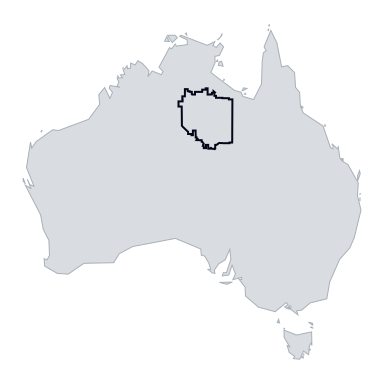 Barkly, Northern Territory, Australia shown in context
{"feature_id": "25037944B87984246529450", "entity_name": "Barkly", "entity_type": "district", "adm_level": 2, "iso_a3": "AUS", "parent_name": "Australia", "parent_adm1": "Northern Territory", "projection": "natural_earth1", "projection_center": [135.185, -19.542], "detail": "medium", "context": "in_parent", "style": "outline", "palette": "ink", "viewbox_px": 384, "rotation_deg": 0, "n_neighbors": 0, "source": "geoboundaries", "source_scale": "gbopen_adm2", "svg_char_len": 5093}
<svg xmlns="http://www.w3.org/2000/svg" viewBox="0 0 384 384"><path d="M276.9,42.9L281.6,66.8L287.7,65.6L294.6,72.7L295.5,87.3L299.6,92.4L300.4,106.0L303.3,113.0L323.1,126.1L330.5,147.7L332.8,148.8L333.2,144.9L337.5,148.8L338.3,146.9L339.8,157.9L342.3,161.1L347.9,164.5L358.3,183.0L357.4,195.3L361.0,210.1L354.2,237.8L349.8,247.9L339.7,259.3L329.7,281.9L326.8,298.8L310.2,302.9L301.7,310.1L296.6,310.8L297.9,314.9L290.1,308.8L291.3,307.4L290.8,305.9L289.4,305.9L286.6,308.5L284.7,306.9L288.0,304.4L286.3,302.5L275.2,311.7L258.4,307.1L245.5,296.0L245.1,287.2L239.1,279.3L241.7,279.6L241.7,277.3L232.8,279.7L235.5,273.8L232.1,265.2L228.8,275.0L222.3,275.9L223.3,272.7L226.4,272.7L230.9,259.3L229.8,249.3L225.2,259.8L218.7,263.8L214.3,270.1L214.9,273.4L212.3,272.9L208.0,269.4L210.7,269.3L208.8,263.1L204.7,256.1L201.3,255.2L200.8,249.0L175.4,238.4L132.7,246.5L119.3,253.7L113.6,262.7L83.9,263.3L68.2,274.1L57.3,273.4L44.7,266.1L44.1,258.7L47.1,259.9L49.5,255.4L48.9,240.4L43.2,229.1L40.6,214.8L25.3,185.2L30.9,188.3L27.3,179.3L29.8,184.6L34.0,186.2L26.5,167.6L30.5,142.1L31.7,148.1L36.3,141.5L52.7,129.8L58.6,130.5L88.6,119.3L99.7,104.4L98.8,94.6L104.7,87.6L109.9,98.4L112.5,92.4L109.2,88.2L110.1,85.5L120.0,87.3L116.9,86.2L118.9,82.0L117.1,78.2L122.4,77.7L120.4,74.9L124.8,74.5L123.3,70.4L127.1,65.8L127.4,68.6L130.4,68.2L130.7,63.1L135.1,64.9L137.9,60.7L142.6,63.6L149.0,70.8L148.0,76.6L152.2,71.0L161.3,74.7L163.1,71.6L159.0,67.2L169.5,47.6L171.6,48.9L175.2,44.0L176.5,46.1L187.4,44.6L187.1,39.8L179.8,36.4L180.9,35.2L207.2,45.3L214.8,41.6L213.0,45.4L216.2,47.5L220.1,42.9L223.6,46.8L219.4,55.5L214.9,56.3L215.1,62.6L210.8,72.5L234.5,90.4L241.0,92.2L243.0,96.5L253.7,99.5L261.5,83.9L262.2,61.3L263.4,52.7L266.1,50.7L264.1,46.8L270.8,30.4L276.9,42.9ZM284.0,330.1L296.4,335.0L311.6,331.9L311.9,345.4L311.0,343.0L309.4,345.8L308.6,354.7L303.5,351.1L299.8,359.2L293.3,358.6L294.7,356.3L289.2,352.4L287.2,345.6L289.7,346.8L284.1,337.2L284.0,330.1ZM167.5,35.3L175.0,35.2L177.3,37.7L172.3,42.6L167.5,35.3ZM219.5,282.4L232.3,282.1L226.8,284.3L219.5,282.4ZM221.6,61.3L223.1,66.2L218.3,65.4L219.1,61.9L221.6,61.3ZM357.7,180.8L357.6,175.2L359.6,170.6L360.2,173.9L357.7,180.8ZM308.5,322.1L312.6,323.3L312.7,325.2L308.5,322.1ZM166.7,36.7L169.4,41.5L164.6,41.2L166.7,36.7ZM279.6,323.0L277.2,322.5L278.6,319.3L279.6,323.0ZM246.9,88.4L244.6,89.9L242.3,90.7L243.4,87.9L246.9,88.4ZM25.3,183.9L23.3,181.2L23.0,178.6L23.3,178.5L25.3,183.9ZM311.7,327.0L313.2,328.3L310.2,327.2L311.7,327.0ZM341.4,158.6L343.1,158.6L343.0,161.0L341.4,158.6ZM301.0,105.8L303.0,107.2L302.6,108.1L301.0,105.8ZM303.1,355.9L303.2,358.1L301.7,357.4L303.1,355.9ZM360.0,197.4L360.0,200.5L359.8,200.4L360.0,197.4ZM186.7,35.0L185.4,33.7L186.2,33.0L186.7,35.0ZM221.8,35.3L220.0,37.7L222.2,33.5L221.8,35.3ZM360.4,193.7L359.5,194.7L360.1,193.7L360.4,193.7ZM224.5,79.9L223.5,80.4L224.0,79.2L224.5,79.9ZM217.8,61.2L216.5,61.5L217.3,59.9L217.8,61.2ZM42.0,129.9L41.6,131.9L41.0,131.7L42.0,129.9ZM268.6,29.3L268.5,31.0L268.0,29.8L268.6,29.3ZM289.4,306.7L289.6,307.7L289.2,307.4L289.4,306.7ZM219.5,38.4L217.0,40.1L219.6,38.0L219.5,38.4ZM123.4,68.0L122.5,69.2L123.1,67.8L123.4,68.0ZM304.1,354.3L303.3,354.8L303.8,354.0L304.1,354.3ZM245.8,94.2L244.4,94.1L245.1,93.1L245.8,94.2ZM118.5,76.8L117.8,77.5L117.7,75.9L118.5,76.8ZM310.4,349.7L309.2,350.4L309.6,349.1L310.4,349.7ZM269.4,24.8L269.3,25.9L268.6,25.4L269.4,24.8ZM288.7,308.1L289.8,309.1L288.0,308.8L288.7,308.1ZM325.5,126.0L324.6,126.1L325.0,124.8L325.5,126.0ZM332.5,144.7L332.0,144.8L332.4,143.7L332.5,144.7ZM284.6,328.5L284.2,329.3L284.0,328.3L284.6,328.5Z" fill="#d9dde1" stroke="#a8b0b8" stroke-width="1"/><path d="M232.2,142.5L232.4,99.4L228.9,99.4L228.9,98.2L222.4,98.2L222.4,97.8L219.8,97.8L216.0,97.8L216.0,95.9L214.4,95.9L214.4,92.8L214.9,92.4L213.5,91.2L213.5,92.8L211.9,92.8L211.9,94.4L210.4,94.4L210.4,94.5L207.6,94.5L207.6,88.3L205.7,88.3L205.7,89.7L202.2,89.7L202.2,91.9L197.6,91.9L195.0,91.9L195.0,94.5L192.4,94.5L192.4,94.2L192.2,94.1L191.8,94.0L191.8,91.9L189.7,91.9L189.7,91.2L187.7,91.2L187.7,89.1L184.9,89.1L184.9,96.3L182.3,96.3L182.3,99.2L182.6,99.2L182.6,101.4L178.5,101.4L178.5,105.1L178.5,106.5L181.7,106.5L181.8,113.9L181.9,125.8L183.2,127.2L186.0,129.9L188.1,131.8L188.1,133.3L188.1,134.0L191.5,134.0L191.5,135.2L192.9,135.2L192.9,130.5L195.6,130.5L195.6,132.5L195.7,135.4L195.7,137.3L196.6,137.3L196.6,138.9L197.6,138.9L197.6,139.2L197.5,139.4L197.3,139.6L197.3,139.8L197.2,139.8L196.9,140.1L200.3,140.2L201.0,140.2L201.7,140.2L201.7,141.7L202.1,141.7L203.0,142.7L203.7,143.7L203.6,144.5L203.4,144.5L203.1,144.8L203.2,145.1L203.1,145.5L203.3,145.5L203.2,145.9L203.1,146.0L203.7,146.2L203.8,146.8L203.8,147.8L203.8,148.1L206.0,148.1L206.0,144.9L208.2,144.9L208.2,146.8L208.2,147.5L208.2,148.7L210.3,148.7L210.3,148.1L210.9,147.8L212.1,148.8L212.5,148.8L213.4,148.8L214.2,149.0L214.5,149.1L214.7,148.7L215.2,148.7L215.2,144.9L216.6,144.9L217.4,144.2L217.5,144.2L217.8,143.9L218.0,143.9L218.2,143.6L218.3,143.5L218.5,143.3L218.8,143.1L219.0,143.1L219.4,143.0L219.5,143.0L223.9,143.2L229.5,143.2L229.5,142.5L232.2,142.5Z" fill="none" stroke="#020617" stroke-width="2"/></svg>